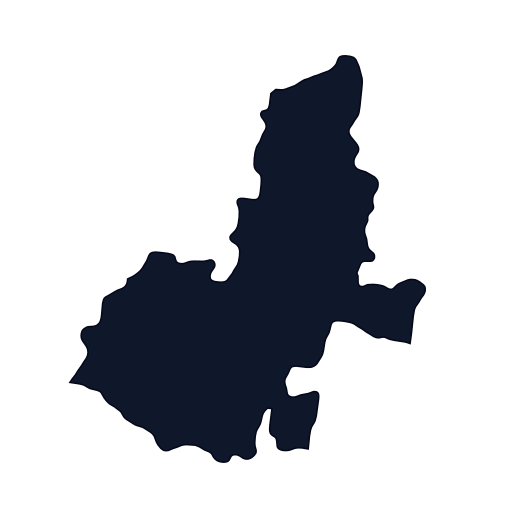 outline of Villa Rivas, Duarte, Dominican Republic, rotated 276°
{"feature_id": "3306468B95722442714869", "entity_name": "Villa Rivas", "entity_type": "district", "adm_level": 2, "iso_a3": "DOM", "parent_name": "Dominican Republic", "parent_adm1": "Duarte", "projection": "albers", "projection_center": [-69.879, 19.149], "detail": "fine", "context": "isolated", "style": "filled", "palette": "ink", "viewbox_px": 512, "rotation_deg": 276, "n_neighbors": 0, "source": "geoboundaries", "source_scale": "gbopen_adm2", "svg_char_len": 6044}
<svg xmlns="http://www.w3.org/2000/svg" viewBox="0 0 512 512"><g transform="rotate(276 256 256)"><path d="M219.8,130.7L216.9,130.7L214.9,130.4L213.0,129.6L211.4,128.5L209.6,126.2L207.8,122.5L206.1,119.8L202.1,114.5L199.4,110.6L197.9,109.4L196.0,108.8L192.8,108.4L181.3,108.6L177.9,108.5L174.6,107.9L172.7,107.0L170.5,105.0L169.6,103.3L169.0,101.4L168.1,96.4L167.3,94.6L165.4,92.3L163.8,91.1L162.8,90.8L160.7,90.4L158.6,90.4L156.5,90.8L155.5,91.2L153.6,92.3L148.7,96.5L145.9,98.2L142.8,99.0L139.6,98.9L136.7,98.0L132.4,95.7L128.6,93.9L123.5,91.0L118.9,88.8L114.6,86.1L110.8,84.1L110.4,93.3L110.0,96.6L109.5,98.6L107.5,103.1L106.8,105.0L105.8,112.1L105.0,114.9L103.9,116.3L99.2,119.7L96.8,121.9L95.3,123.6L93.4,126.2L91.3,130.9L87.4,137.3L86.1,138.6L82.4,141.2L81.1,142.6L80.0,144.2L75.6,153.1L75.0,155.1L74.0,160.3L73.4,162.2L69.9,169.3L68.8,171.0L67.5,172.5L66.0,173.7L60.6,176.4L57.9,178.3L54.8,181.4L53.7,183.2L53.2,184.2L52.9,186.3L53.0,187.3L53.5,189.3L55.8,193.4L57.5,197.2L59.8,201.5L60.5,203.4L61.0,205.5L61.2,207.7L61.5,215.4L60.3,219.7L57.8,225.0L56.4,229.7L55.6,231.4L54.5,232.7L51.6,234.7L49.7,236.7L48.6,238.4L48.2,239.4L47.7,241.4L47.5,243.5L47.6,245.6L48.0,247.6L48.7,249.3L50.0,250.5L54.4,252.3L55.6,253.6L56.1,255.3L56.3,257.2L56.0,259.2L55.3,261.0L53.6,264.2L53.1,266.1L53.0,267.1L53.2,269.2L53.6,270.2L54.6,272.1L56.0,273.7L57.6,275.1L59.3,276.1L60.2,276.5L61.2,276.6L62.9,276.4L67.2,274.8L70.5,274.3L76.3,274.1L80.9,274.5L83.1,275.1L87.6,277.1L89.5,277.8L91.5,278.2L97.9,279.0L100.0,279.5L102.7,280.8L105.9,283.3L105.9,287.8L89.8,287.5L85.9,287.6L83.5,287.9L81.4,288.7L80.6,289.3L79.4,290.8L77.8,294.0L76.4,295.2L74.4,295.9L69.2,296.9L68.2,297.3L67.3,297.9L66.7,298.7L65.9,300.5L65.5,302.7L65.5,305.0L65.8,307.3L66.4,309.6L68.9,314.9L69.5,317.2L69.8,319.6L69.9,322.1L69.5,328.1L82.3,328.0L88.5,328.4L92.0,329.2L96.3,331.2L98.5,332.0L103.3,332.7L119.5,333.2L122.8,333.1L124.8,332.7L125.7,332.3L126.6,331.6L127.1,330.7L127.3,329.8L127.3,328.0L127.0,327.0L124.7,322.4L122.6,315.3L120.1,310.2L119.8,309.2L119.5,307.2L119.6,305.2L120.3,303.4L120.8,302.6L122.4,301.5L127.7,300.0L131.0,298.5L133.9,297.7L136.0,297.7L138.0,298.2L142.3,300.1L147.6,301.8L149.2,302.9L149.8,303.8L150.4,305.7L150.7,307.7L150.6,318.0L150.8,320.3L151.2,322.5L151.6,323.5L152.6,325.3L153.9,326.8L155.5,328.0L162.6,331.5L165.5,332.5L168.9,333.0L177.1,333.4L180.5,333.9L182.5,334.6L187.0,336.5L189.2,337.0L195.7,337.9L197.6,338.6L198.4,339.3L199.5,341.0L200.2,344.0L200.3,347.3L200.3,350.8L199.8,356.6L199.3,358.9L198.6,360.9L196.3,365.2L194.6,369.0L191.7,374.1L190.0,377.9L188.3,381.2L187.5,384.0L187.4,385.9L187.7,387.7L188.5,390.1L188.7,391.7L188.5,393.3L187.4,396.6L187.0,398.8L186.6,402.2L186.1,412.8L185.8,415.1L185.0,418.4L194.6,418.7L212.7,418.7L218.6,419.1L220.8,419.5L222.8,420.3L227.1,422.7L230.9,424.4L235.0,426.8L236.9,427.5L238.9,427.9L240.9,427.8L242.8,427.3L243.6,426.8L244.9,425.4L247.3,421.5L248.5,418.8L249.0,416.7L249.0,413.5L248.7,411.4L248.0,409.4L243.7,401.5L242.6,400.0L241.3,398.7L238.0,396.0L237.5,395.4L236.9,393.8L237.0,392.0L237.5,390.4L239.0,387.1L239.6,385.0L239.9,382.7L240.1,379.1L240.0,375.4L239.1,369.7L237.4,366.9L236.8,365.4L236.7,363.6L236.9,362.7L237.4,361.8L238.1,361.2L239.8,360.4L246.9,359.5L248.7,358.4L250.2,358.2L258.7,360.7L260.4,361.5L261.1,362.2L262.0,363.8L262.3,365.6L262.7,370.3L263.2,372.0L263.8,372.7L264.5,373.3L266.2,374.0L267.1,374.0L268.9,373.8L270.5,373.0L271.1,372.4L273.6,368.8L274.9,367.5L276.5,366.4L278.4,365.7L284.5,364.2L289.8,361.8L292.9,361.2L295.0,361.2L297.1,361.5L301.3,363.0L302.9,363.4L306.6,363.0L308.2,363.3L309.8,364.1L313.7,366.9L315.4,367.7L317.2,367.8L321.2,366.5L323.1,366.2L326.3,366.1L329.3,366.7L333.6,368.9L335.5,369.6L337.6,370.0L339.7,370.0L341.8,369.7L343.7,368.9L345.2,367.7L346.5,366.2L347.1,365.4L351.1,356.3L352.3,350.2L352.9,348.2L353.9,346.6L355.3,345.1L357.0,344.1L358.0,343.8L360.1,343.5L362.2,343.5L365.2,344.3L370.2,346.7L372.2,347.0L374.2,346.7L375.2,346.3L377.1,345.1L378.8,343.6L384.4,338.0L386.2,336.6L388.2,335.6L390.2,335.3L391.2,335.3L393.1,335.8L397.3,338.1L401.0,339.8L405.3,342.2L407.3,343.0L409.5,343.4L415.4,343.7L434.4,343.7L440.3,343.5L443.8,342.9L453.9,339.1L455.7,338.3L461.4,335.0L462.8,333.7L463.8,331.9L464.4,328.7L464.5,324.3L464.0,321.0L463.2,319.1L462.6,318.3L461.8,317.7L460.2,317.0L455.5,315.8L453.7,314.8L451.9,313.4L450.2,311.9L448.7,310.3L447.4,308.5L444.7,302.9L442.4,298.5L440.8,294.7L437.9,289.5L436.3,285.7L434.4,283.0L429.5,276.9L425.0,267.8L424.3,265.9L423.9,263.8L423.7,258.3L419.2,253.8L407.6,253.6L404.5,253.0L403.6,252.5L402.3,251.3L400.6,247.1L400.0,246.6L398.5,245.9L396.7,246.0L395.0,246.8L390.4,250.7L388.6,251.8L386.7,252.5L384.6,252.6L382.7,252.2L377.5,249.9L370.4,248.0L366.0,245.8L364.0,245.1L359.2,244.3L353.0,244.1L347.0,244.5L344.7,245.0L343.6,245.4L342.0,246.4L340.6,247.7L338.0,251.1L337.3,251.7L336.5,252.3L334.5,253.0L331.2,253.4L327.6,253.6L320.4,253.6L317.1,253.4L315.0,252.8L314.0,252.4L313.2,251.7L312.5,250.8L312.1,249.8L311.9,248.7L311.7,246.5L312.0,238.3L311.8,235.1L311.2,233.2L310.5,232.4L309.7,231.9L308.8,231.6L307.9,231.6L306.2,231.9L302.4,233.8L299.0,234.7L292.9,235.2L286.7,235.0L283.1,234.5L280.9,233.7L279.0,232.7L274.3,229.0L272.6,228.2L271.7,228.2L270.0,228.6L268.7,229.7L267.7,231.0L265.6,235.1L264.4,236.5L263.0,237.8L261.1,238.7L260.0,239.1L257.7,239.4L254.2,239.6L248.4,239.2L245.0,238.4L239.7,235.7L235.9,234.1L228.7,229.7L227.4,228.1L226.7,226.1L226.3,223.9L226.2,220.6L226.3,217.3L226.9,215.3L227.3,214.4L228.0,213.5L228.9,213.0L230.7,212.4L233.6,212.6L235.5,213.2L240.2,215.7L242.1,216.1L243.1,216.0L244.0,215.8L245.6,215.0L246.8,213.6L247.2,212.8L247.4,212.0L247.2,210.3L246.0,207.2L245.2,204.1L244.5,195.9L244.0,192.4L243.4,190.2L241.0,185.0L240.6,183.0L240.6,181.1L240.9,179.2L241.8,177.7L243.1,176.8L246.8,175.3L248.1,174.0L248.5,173.2L249.0,171.1L249.4,167.7L249.5,160.4L249.4,155.7L248.7,152.6L247.6,150.8L246.9,150.2L245.2,149.4L239.7,147.8L231.6,144.0L228.8,142.1L226.4,139.8L224.1,137.3L222.7,135.5L219.8,130.7Z" fill="#0f172a" stroke="#020617" stroke-width="1.5"/></g></svg>